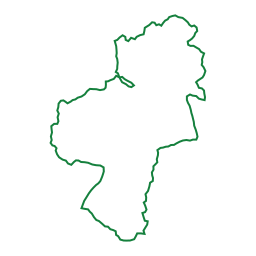 outline of Quatis, Rio de Janeiro, Brazil
{"feature_id": "56859067B6635113522171", "entity_name": "Quatis", "entity_type": "district", "adm_level": 2, "iso_a3": "BRA", "parent_name": "Brazil", "parent_adm1": "Rio de Janeiro", "projection": "robinson", "projection_center": [-44.235, -22.362], "detail": "fine", "context": "isolated", "style": "outline", "palette": "green", "viewbox_px": 256, "rotation_deg": 0, "n_neighbors": 0, "source": "geoboundaries", "source_scale": "gbopen_adm2", "svg_char_len": 2882}
<svg xmlns="http://www.w3.org/2000/svg" viewBox="0 0 256 256"><path d="M114.7,40.9L116.2,46.2L116.5,49.8L116.7,53.2L116.2,56.3L117.2,58.9L117.7,62.7L117.3,66.1L117.2,68.9L115.8,72.0L117.9,73.3L119.4,77.4L116.2,75.8L113.8,78.9L110.3,80.2L108.1,81.3L105.8,81.5L105.9,84.9L105.6,87.7L103.9,89.4L100.0,90.1L96.3,89.2L93.2,89.1L89.9,88.9L87.2,91.1L84.8,94.3L81.5,96.5L77.7,97.7L75.4,99.4L72.6,100.1L70.7,101.6L67.5,103.3L65.4,101.7L63.4,100.4L60.8,100.8L58.6,103.6L58.3,107.2L57.3,110.5L58.8,113.6L57.6,117.2L58.4,121.2L57.3,123.9L54.1,123.9L51.3,126.2L51.6,129.4L52.0,132.5L50.9,136.4L51.7,140.0L50.6,142.9L52.4,145.4L54.6,146.0L56.5,148.2L55.7,150.6L57.1,154.3L59.1,157.3L62.6,159.6L65.9,160.6L68.0,163.5L71.3,164.8L73.9,162.0L75.9,160.4L78.5,160.5L81.1,162.0L84.6,162.2L88.2,162.8L92.3,164.5L96.1,165.2L100.3,165.5L103.6,167.4L103.8,171.4L103.0,174.1L102.1,176.8L100.3,181.1L98.3,183.4L96.1,185.0L93.5,187.6L91.2,190.2L88.9,193.3L86.7,196.9L84.2,200.9L82.7,204.9L81.5,208.2L84.5,208.8L88.1,209.4L89.8,211.7L91.8,213.5L94.0,217.2L96.3,220.0L98.9,221.0L102.3,223.9L105.0,226.4L108.0,226.7L110.3,229.2L113.3,230.1L115.7,231.3L116.1,234.9L118.2,236.2L120.3,239.6L123.6,240.5L126.3,240.6L130.1,240.5L134.2,239.2L135.8,236.3L137.2,233.4L140.9,233.4L144.5,233.9L143.5,230.6L144.9,228.3L147.2,224.6L147.7,221.3L144.8,220.7L143.7,217.3L142.4,213.0L145.1,212.1L146.5,209.6L145.2,205.7L143.8,202.5L146.0,200.9L146.2,197.3L145.5,194.2L148.0,191.0L149.4,186.4L150.1,182.7L152.8,181.0L153.0,178.0L152.2,175.4L151.9,172.4L153.5,169.6L153.4,166.3L155.6,164.1L157.3,162.3L156.8,159.2L157.9,155.3L158.1,152.6L157.4,150.1L160.5,147.9L163.0,147.6L165.8,146.7L168.3,146.5L171.0,145.0L174.0,144.9L176.4,143.4L179.7,141.7L182.9,140.5L186.4,140.0L190.0,140.6L192.9,139.6L196.3,139.6L197.5,136.7L196.7,133.0L195.7,129.6L194.2,125.7L193.8,121.9L193.1,119.1L192.3,115.8L191.4,113.0L190.8,109.9L189.6,105.7L188.0,102.9L186.9,100.0L186.9,96.4L190.0,94.5L192.6,95.6L196.3,96.1L198.8,98.6L201.4,99.4L204.6,100.1L205.0,97.1L204.3,93.5L204.0,90.5L201.9,88.4L198.9,87.8L197.5,84.5L196.1,82.2L197.8,80.6L199.9,79.2L202.5,77.5L204.0,75.1L205.4,71.0L203.6,67.2L201.7,64.9L202.3,62.2L202.0,59.4L202.9,56.7L204.1,53.4L201.0,51.8L199.1,49.1L196.3,47.5L193.5,45.8L190.5,45.9L188.2,44.8L187.7,41.5L189.9,40.2L192.0,38.6L194.2,36.0L195.3,33.0L197.2,31.0L196.6,27.5L194.2,25.5L191.6,26.4L189.3,24.7L187.9,22.4L185.5,20.2L182.6,17.9L178.3,17.1L175.3,15.4L172.4,16.0L169.2,17.1L167.7,19.3L165.1,20.6L163.1,23.0L161.3,25.7L159.0,24.3L156.3,25.2L154.6,22.7L152.1,22.3L149.3,25.0L146.9,26.5L144.8,27.8L144.4,30.8L143.6,34.3L140.2,35.1L136.7,36.8L134.9,39.2L131.1,37.8L128.3,41.1L125.7,39.9L125.3,36.9L122.6,35.3L119.6,37.5L117.3,39.9L114.7,40.9ZM119.4,77.4L122.2,76.9L124.6,79.1L126.6,80.3L128.9,81.5L131.3,82.7L133.9,85.4L131.4,87.1L128.6,86.4L126.0,84.2L122.1,82.2L119.4,77.4Z" fill="none" stroke="#15803d" stroke-width="2"/></svg>